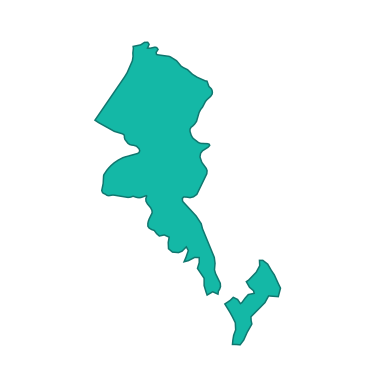 SVG path tracing the border of Mafeteng, rotated 56°
{"feature_id": "LSO-3453", "entity_name": "Mafeteng", "entity_type": "District", "adm_level": 1, "iso_a3": "LSO", "parent_name": "Lesotho", "parent_adm1": "", "projection": "natural_earth1", "projection_center": [27.626, -29.78], "detail": "fine", "context": "isolated", "style": "filled", "palette": "teal", "viewbox_px": 384, "rotation_deg": 56, "n_neighbors": 0, "source": "natural_earth", "source_scale": "10m", "svg_char_len": 2755}
<svg xmlns="http://www.w3.org/2000/svg" viewBox="0 0 384 384"><g transform="rotate(56 192 192)"><path d="M58.1,144.5L59.1,143.7L66.7,135.2L68.0,134.3L74.6,131.4L81.5,130.7L83.9,129.7L88.1,127.3L94.7,125.8L99.7,123.6L107.4,118.8L108.4,117.6L109.0,117.7L114.0,119.0L116.6,118.4L117.8,118.3L119.4,118.7L120.8,119.4L122.1,120.6L123.1,123.0L123.8,127.9L124.5,130.3L127.5,135.8L128.4,138.6L130.0,141.6L136.0,148.8L137.2,152.0L137.7,154.6L137.8,156.6L138.8,158.5L140.5,159.7L144.0,160.8L145.9,161.1L148.1,161.1L154.3,159.1L155.7,158.3L156.7,157.4L160.7,152.0L162.1,151.0L163.3,151.3L163.9,153.7L163.7,160.2L164.7,163.2L167.4,165.8L172.9,167.3L180.4,167.0L182.8,167.6L185.2,169.6L196.7,189.4L196.8,193.5L195.6,196.8L193.3,199.2L191.5,201.6L191.9,203.6L194.5,205.0L214.2,202.0L223.4,202.1L228.5,203.9L258.7,210.1L264.0,212.8L269.1,216.9L272.8,218.1L283.5,219.6L286.4,221.3L288.1,223.6L288.9,225.5L291.2,227.6L286.3,230.6L285.9,237.1L282.5,236.2L276.4,234.3L270.3,230.2L264.5,230.2L258.4,230.2L254.6,225.5L250.4,222.7L247.7,226.4L246.9,233.4L245.4,237.6L242.7,233.4L238.5,227.8L234.3,227.4L235.5,233.4L234.7,237.1L230.9,241.8L225.9,243.2L220.5,239.9L216.7,236.2L212.1,239.0L210.2,243.7L206.8,244.6L202.8,244.8L200.5,246.5L197.9,247.7L195.7,247.7L193.3,246.1L191.7,244.4L190.3,242.4L187.0,236.7L184.9,235.5L181.9,235.1L176.9,235.6L173.9,235.3L171.7,234.0L170.6,232.5L169.9,231.8L169.4,232.0L168.3,236.5L167.8,237.9L167.1,239.1L166.2,240.2L164.9,241.4L163.7,242.3L162.7,243.1L162.3,244.0L162.0,245.5L161.3,247.0L160.7,248.1L150.9,258.5L150.3,259.3L149.8,260.2L148.8,262.5L148.2,263.5L147.1,264.4L145.5,265.0L143.3,266.3L142.0,266.4L140.3,266.0L135.3,260.9L129.2,256.3L128.4,255.4L128.1,254.7L126.3,250.3L125.5,247.5L124.8,244.3L124.3,240.3L124.3,235.4L124.9,230.1L125.6,227.6L129.6,215.7L129.7,213.9L128.6,212.3L126.5,211.7L123.0,212.4L120.7,214.2L119.4,215.7L117.8,217.1L115.8,217.9L111.0,218.2L109.1,217.6L107.7,216.7L106.6,216.4L104.9,217.1L98.3,222.5L82.1,230.7L78.2,232.3L58.8,183.3L56.8,179.0L49.9,168.1L46.7,165.1L43.7,163.3L40.3,160.4L38.4,159.4L41.3,152.3L41.4,147.7L43.1,145.0L45.6,145.0L47.8,148.4L49.4,146.3L51.2,141.7L52.5,140.5L54.8,140.4L55.5,141.9L56.1,143.6L58.1,144.5ZM294.1,169.6L301.3,170.1L306.7,170.1L316.2,171.7L321.2,172.4L327.0,179.0L321.0,186.6L324.5,193.4L328.0,210.9L328.4,212.9L331.5,214.8L334.9,216.2L336.8,219.9L339.1,224.6L343.7,232.0L345.6,237.6L343.3,240.4L341.0,243.7L337.6,240.9L334.1,237.6L330.7,232.9L324.6,229.2L318.1,228.3L312.7,227.8L303.2,227.4L303.2,220.8L302.4,216.7L306.6,214.3L311.6,214.3L311.6,212.5L309.7,207.3L308.5,202.7L310.8,197.1L308.2,196.2L303.2,197.6L296.7,197.1L296.7,194.3L295.6,189.2L294.4,183.6L291.0,177.1L286.4,174.3L288.3,171.5L294.1,169.6Z" fill="#14b8a6" stroke="#0f766e" stroke-width="1.5"/></g></svg>